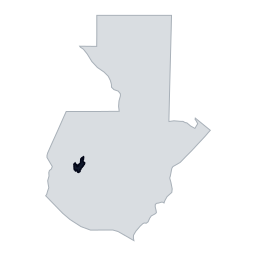 location of Momostenango, Totonicapán, Guatemala
{"feature_id": "79465075B37040053715230", "entity_name": "Momostenango", "entity_type": "district", "adm_level": 2, "iso_a3": "GTM", "parent_name": "Guatemala", "parent_adm1": "Totonicapán", "projection": "equal_earth", "projection_center": [-91.39, 15.11], "detail": "fine", "context": "in_parent", "style": "filled", "palette": "ink", "viewbox_px": 256, "rotation_deg": 0, "n_neighbors": 0, "source": "geoboundaries", "source_scale": "gbopen_adm2", "svg_char_len": 3586}
<svg xmlns="http://www.w3.org/2000/svg" viewBox="0 0 256 256"><path d="M45.7,195.8L46.7,194.4L47.6,191.1L48.8,187.7L48.1,183.8L47.7,180.7L49.0,176.1L48.8,172.6L49.4,170.5L51.3,169.1L52.3,166.5L47.0,157.5L47.0,155.4L47.7,152.9L52.0,143.2L57.2,131.7L62.8,119.1L66.2,111.5L78.7,111.5L86.9,111.5L97.3,111.5L108.7,111.4L116.1,111.4L119.2,111.3L118.6,106.4L119.0,100.9L120.4,96.0L120.4,93.8L118.2,91.1L113.9,89.6L111.5,87.2L111.4,84.2L110.4,80.6L108.3,76.3L104.0,72.0L97.4,67.5L91.9,61.6L87.3,54.1L83.4,49.2L80.4,47.2L79.7,46.2L88.4,46.3L96.7,46.4L96.8,35.6L96.8,26.1L96.8,15.4L111.9,15.4L129.8,15.4L148.4,15.4L163.0,15.4L171.5,15.4L171.2,28.8L170.8,44.2L170.5,55.6L170.1,70.8L169.7,86.3L169.2,107.5L168.9,121.2L169.0,121.5L173.9,120.8L181.2,121.4L183.0,121.4L185.2,122.6L186.9,122.9L190.6,126.0L194.9,128.4L197.7,123.7L196.2,120.8L195.1,119.4L195.3,118.1L210.3,130.3L208.6,132.2L204.8,136.6L197.9,144.0L191.7,150.7L185.7,156.7L180.4,162.2L179.7,162.7L172.9,166.6L171.8,168.4L170.3,176.1L169.7,178.0L170.9,182.3L172.2,188.9L171.8,192.4L167.1,196.6L164.9,200.5L164.0,203.0L163.1,202.3L161.7,202.1L158.3,203.1L156.7,203.3L155.3,204.4L155.2,206.8L156.1,210.6L156.4,212.6L155.5,213.6L151.3,215.9L149.7,218.2L148.1,221.8L146.3,223.2L144.4,223.0L143.0,223.5L140.1,226.2L135.8,231.3L133.5,235.2L133.4,238.1L133.9,240.6L118.0,231.5L112.8,230.0L90.5,230.1L81.0,226.6L70.1,219.6L62.8,213.4L45.7,195.8Z" fill="#d9dde1" stroke="#a8b0b8" stroke-width="1"/><path d="M81.4,158.3L81.3,158.5L81.2,158.6L81.3,158.7L81.2,158.7L81.1,158.9L80.9,158.9L80.8,159.0L80.8,159.3L80.6,161.7L80.6,162.0L80.6,162.7L80.6,162.8L80.6,163.0L80.4,163.2L80.1,163.3L79.9,163.5L79.7,163.8L79.4,164.0L79.1,164.2L79.0,164.3L78.9,164.3L78.8,164.5L78.7,164.6L78.6,164.9L78.5,165.7L78.5,165.8L78.4,165.9L78.3,166.1L78.0,166.3L77.8,166.4L77.6,166.6L77.3,166.6L77.1,166.7L76.9,166.6L76.7,166.2L76.8,165.9L77.0,165.7L77.1,165.3L77.1,165.1L76.8,164.9L76.8,164.7L76.7,164.7L76.3,164.9L76.2,165.0L75.9,164.9L75.7,164.7L75.7,164.2L75.7,163.9L75.5,163.6L75.4,163.5L75.4,163.4L75.1,163.0L74.4,163.8L74.1,164.2L74.0,164.3L73.9,164.3L73.9,164.7L74.0,165.0L74.0,165.5L74.0,166.1L74.0,166.8L74.1,167.3L74.1,168.5L74.2,168.9L74.2,169.1L74.3,169.2L74.4,169.4L74.4,169.5L74.6,169.5L74.8,170.0L75.0,170.1L75.1,170.3L75.2,170.5L75.3,170.6L75.4,170.8L75.5,171.0L75.8,171.0L75.9,170.9L76.1,170.5L76.2,170.2L76.3,170.0L76.6,169.9L76.9,170.0L77.2,170.1L77.3,170.3L77.4,170.6L77.4,170.8L77.4,171.2L77.4,171.3L77.5,171.3L77.6,171.7L77.6,171.8L77.7,172.1L77.8,172.2L78.0,172.3L78.3,172.4L78.6,172.4L78.8,172.4L79.0,172.2L79.3,171.8L79.5,171.6L79.6,171.4L79.8,171.2L79.9,170.5L80.0,170.6L80.0,170.4L80.0,170.1L80.3,169.9L80.6,169.6L80.7,169.3L80.9,169.1L81.0,168.7L81.0,168.3L81.1,168.2L81.6,167.8L81.7,167.7L81.8,167.5L82.2,167.2L82.3,167.0L82.5,166.6L82.8,166.3L82.8,166.2L83.2,166.0L83.3,165.9L83.5,165.3L83.6,165.1L83.7,164.8L83.8,164.7L84.0,164.7L84.3,164.4L84.4,164.1L84.5,163.8L84.5,163.7L84.6,163.4L84.6,163.2L84.7,162.9L84.2,162.4L83.9,162.3L83.8,162.2L83.7,162.1L83.5,162.3L83.4,162.3L83.3,162.2L83.2,162.0L83.2,161.8L83.1,161.6L82.9,161.5L82.8,161.3L82.8,161.2L82.9,160.9L82.9,160.7L83.0,160.6L83.0,160.4L82.9,160.4L82.9,160.2L83.0,160.1L83.1,159.7L83.3,159.7L83.4,159.4L83.4,159.2L83.5,159.1L83.5,158.9L83.4,158.9L83.3,158.7L83.2,158.6L83.3,158.5L83.4,158.4L83.4,158.2L83.4,157.9L83.5,157.9L83.5,157.7L83.6,157.4L83.7,157.1L83.6,156.9L83.4,156.7L83.3,156.8L83.2,156.9L83.2,157.1L83.1,157.4L82.9,157.5L82.7,157.6L82.4,157.5L82.2,157.7L82.1,157.8L81.8,157.8L81.7,157.9L81.7,158.0L81.4,158.3Z" fill="#0f172a" stroke="#020617" stroke-width="1.5"/></svg>